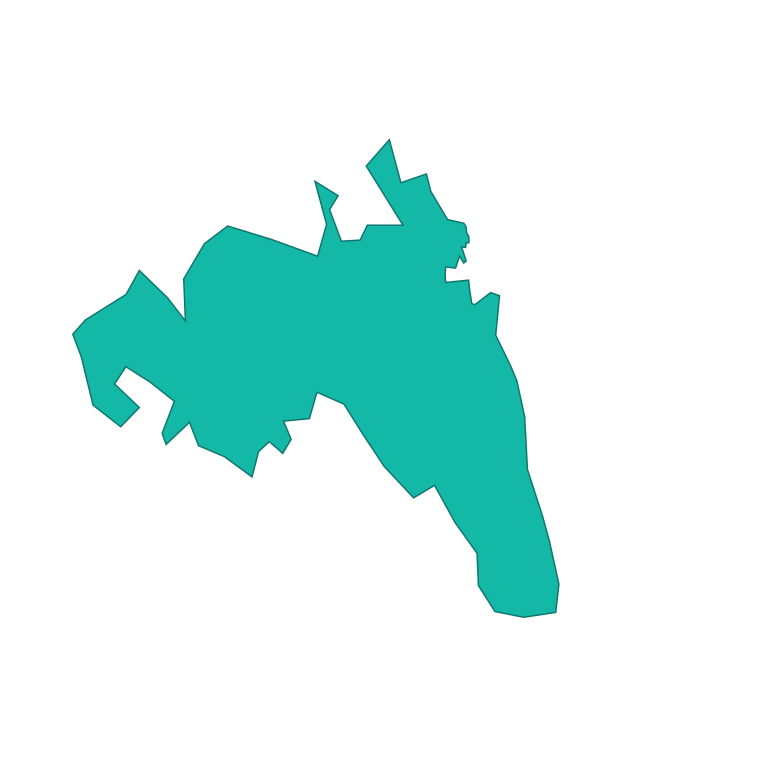 Yukarichirchik, Tashkent, Uzbekistan (Albers equal-area conic projection), rotated 128°
{"feature_id": "79887680B57714411837097", "entity_name": "Yukarichirchik", "entity_type": "district", "adm_level": 2, "iso_a3": "UZB", "parent_name": "Uzbekistan", "parent_adm1": "Tashkent", "projection": "albers", "projection_center": [69.455, 41.216], "detail": "fine", "context": "isolated", "style": "filled", "palette": "teal", "viewbox_px": 768, "rotation_deg": 128, "n_neighbors": 0, "source": "geoboundaries", "source_scale": "gbopen_adm2", "svg_char_len": 1227}
<svg xmlns="http://www.w3.org/2000/svg" viewBox="0 0 768 768"><g transform="rotate(128 384 384)"><path d="M324.2,515.0L339.0,560.6L355.7,604.4L384.0,611.9L424.5,606.5L456.6,579.3L449.3,608.0L445.2,646.7L472.3,642.4L517.3,658.7L536.4,659.9L549.0,639.2L579.8,600.2L579.8,565.2L553.2,562.3L549.9,596.3L529.3,598.0L526.5,569.6L526.7,538.5L559.4,528.5L565.8,518.5L533.9,513.7L546.8,492.1L539.5,465.0L538.5,430.8L514.5,441.2L500.0,438.9L501.0,421.1L484.8,423.1L475.1,440.3L457.2,421.5L431.8,431.8L424.5,403.2L436.6,369.7L448.8,333.3L455.5,290.6L432.7,281.8L449.4,242.7L460.2,206.3L484.7,185.5L495.0,156.4L481.8,130.3L458.2,108.1L434.0,123.0L405.9,157.0L390.1,178.3L363.1,218.3L323.2,253.0L299.7,281.3L291.6,295.7L276.8,326.0L243.3,347.3L246.3,356.2L265.4,361.2L266.7,364.2L257.1,374.5L250.1,381.3L266.1,398.0L259.5,403.7L253.8,407.4L248.6,399.0L236.8,403.2L239.6,395.7L236.5,394.9L228.2,407.3L226.1,403.7L222.0,406.3L220.6,404.1L218.9,405.1L215.3,408.3L214.3,411.5L209.5,416.3L208.2,420.0L215.3,435.2L203.4,465.7L192.4,479.9L215.0,494.6L188.2,530.2L223.2,532.2L247.2,466.8L269.1,494.9L285.3,491.4L297.7,505.5L280.1,534.2L263.9,536.1L266.8,563.1L293.6,527.5L324.2,515.0Z" fill="#14b8a6" stroke="#0f766e" stroke-width="1.5"/></g></svg>